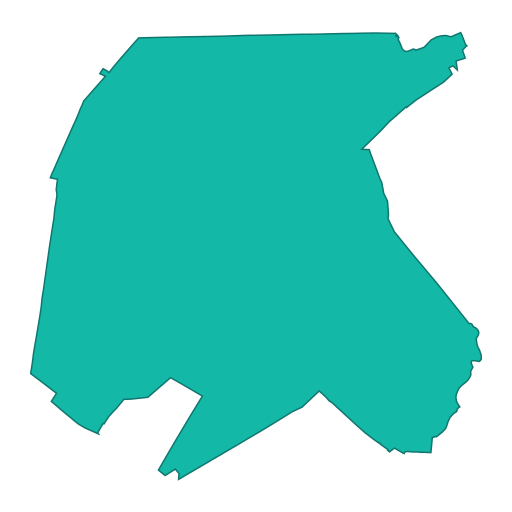 the district of Madona, Madona, Latvia
{"feature_id": "27541924B48569978533002", "entity_name": "Madona", "entity_type": "district", "adm_level": 2, "iso_a3": "LVA", "parent_name": "Latvia", "parent_adm1": "Madona", "projection": "albers", "projection_center": [26.232, 56.853], "detail": "fine", "context": "isolated", "style": "filled", "palette": "teal", "viewbox_px": 512, "rotation_deg": 0, "n_neighbors": 0, "source": "geoboundaries", "source_scale": "gbopen_adm2", "svg_char_len": 4333}
<svg xmlns="http://www.w3.org/2000/svg" viewBox="0 0 512 512"><path d="M122.1,56.7L114.7,65.4L109.0,72.5L106.8,70.7L103.1,68.7L102.5,69.5L99.8,73.6L105.4,76.3L101.3,81.0L90.5,93.2L87.4,96.8L84.2,100.4L84.0,100.6L83.8,100.9L83.0,102.7L82.3,104.7L80.1,109.4L78.2,114.4L75.6,120.4L73.1,125.8L58.0,160.0L54.9,167.1L51.5,174.7L50.3,177.8L53.8,178.5L57.5,179.3L56.8,184.3L56.8,184.8L56.4,187.9L56.2,189.9L56.3,190.4L56.6,192.2L56.8,192.9L56.9,195.4L56.9,195.9L56.8,196.4L55.7,203.5L54.6,210.6L53.9,218.4L53.8,219.0L52.1,229.6L50.5,240.1L50.4,240.4L50.4,240.6L50.3,241.0L50.3,241.3L50.2,241.9L50.1,242.5L48.6,252.9L48.1,256.5L44.5,282.3L43.5,289.4L42.1,298.0L41.2,307.0L39.7,317.0L37.1,332.3L36.6,335.4L34.5,347.5L33.5,353.5L32.5,361.8L30.7,373.6L38.5,379.5L43.0,382.9L56.5,393.3L51.3,401.4L64.8,412.9L78.2,423.9L84.6,427.7L94.8,432.3L98.5,433.9L97.8,432.7L99.6,429.4L102.2,425.0L102.7,424.2L103.1,423.5L103.6,423.7L104.0,423.9L106.4,420.2L108.8,416.5L113.6,411.2L116.4,408.4L123.8,399.4L125.3,399.3L131.0,399.1L147.9,397.3L155.0,391.1L155.7,390.5L157.0,389.4L160.4,386.4L163.9,383.5L164.5,382.9L165.2,382.3L170.6,377.7L172.7,378.9L174.9,380.1L183.4,385.0L191.9,389.9L194.4,391.4L198.0,393.5L199.9,394.6L202.4,396.1L200.5,399.2L197.5,404.1L190.1,416.2L174.2,442.9L158.4,470.1L165.1,475.5L175.3,469.1L179.0,473.6L178.7,478.0L178.6,479.4L180.3,478.4L188.2,473.7L203.6,464.7L211.7,459.9L221.7,454.1L224.7,452.3L237.0,445.1L245.9,439.8L258.7,432.3L272.8,423.8L292.5,411.6L295.5,410.2L302.0,407.2L313.0,396.8L319.2,391.0L326.0,397.1L329.2,400.9L332.2,402.8L347.5,416.9L355.6,424.3L361.6,429.7L365.0,432.7L373.7,439.4L378.7,442.9L379.0,442.5L380.3,443.5L380.1,444.0L385.1,447.6L388.1,449.7L387.6,450.2L389.5,451.9L394.4,448.1L402.8,452.9L404.1,453.6L404.4,452.9L404.9,452.3L405.5,451.7L406.3,451.5L407.7,451.5L411.1,451.8L413.7,452.0L417.8,452.0L420.7,452.3L424.0,452.3L430.9,452.6L431.0,451.6L431.2,449.5L431.4,447.4L431.8,443.1L432.2,438.8L432.2,437.5L432.7,437.5L434.5,436.9L434.5,436.5L434.9,436.3L435.4,436.5L436.5,436.8L440.6,433.4L442.2,432.2L442.8,431.5L445.5,428.7L446.6,426.2L447.3,424.0L448.0,421.8L450.1,417.3L453.6,413.6L456.7,411.5L457.0,409.5L458.8,407.4L459.8,406.9L458.7,405.3L457.8,403.9L456.5,401.3L455.9,397.8L456.2,394.8L457.4,391.7L458.8,388.6L460.4,386.7L462.1,385.1L465.2,382.7L467.5,380.6L468.8,378.8L470.3,376.4L470.9,374.3L470.6,372.1L471.1,370.4L472.3,368.3L472.9,367.2L472.3,366.0L471.2,362.9L471.6,360.9L473.1,360.6L475.6,360.8L479.1,361.5L480.4,360.5L481.3,359.1L481.1,354.8L480.1,351.9L479.4,349.8L478.3,348.0L477.2,345.3L476.6,342.0L476.6,341.5L476.2,339.1L476.7,337.7L477.8,336.0L478.5,334.4L478.8,332.3L477.8,330.0L476.4,328.4L474.2,327.1L473.7,327.1L473.1,326.4L472.6,325.3L472.3,324.8L471.7,324.0L470.4,323.4L469.1,323.6L437.2,283.6L420.0,263.1L415.7,258.0L415.6,257.9L408.2,248.9L401.0,240.0L394.3,231.7L388.0,218.7L388.1,218.2L388.1,217.6L388.3,216.0L388.5,214.4L387.5,201.0L383.7,193.3L383.4,191.4L382.9,188.5L382.7,187.7L382.0,183.7L381.7,182.3L380.3,179.5L379.7,178.1L379.2,176.7L375.0,165.4L370.8,154.2L370.0,151.9L369.2,149.6L365.4,149.5L361.7,149.3L381.2,130.3L388.9,122.0L406.2,106.8L406.6,107.5L416.4,99.8L429.1,91.5L441.9,83.2L442.4,82.9L442.9,82.7L447.5,78.5L452.1,74.2L450.5,71.0L448.8,67.9L450.9,66.9L453.0,65.9L457.3,69.9L456.1,61.0L465.2,58.1L462.5,50.2L466.0,46.4L466.9,45.9L465.3,44.0L462.1,35.5L460.7,32.6L458.5,33.6L456.2,34.5L454.8,35.1L453.4,35.8L450.9,36.8L445.9,35.5L441.4,35.8L436.6,37.0L431.2,39.9L424.2,47.2L421.9,48.1L416.3,50.0L416.0,50.2L415.9,50.0L415.5,49.8L414.9,49.5L414.1,49.2L413.5,49.1L412.5,49.3L409.5,50.7L407.7,51.3L406.4,51.4L405.0,51.2L404.1,50.7L403.0,49.7L402.4,49.0L402.0,48.3L401.7,47.4L401.4,46.5L400.8,45.4L400.5,44.9L400.7,44.6L400.3,43.7L399.7,43.0L399.6,42.0L399.1,41.2L398.3,40.2L398.5,38.9L398.2,38.3L398.9,37.6L397.9,35.7L396.8,35.6L396.7,36.4L396.3,36.6L396.1,36.4L396.1,35.2L396.9,34.7L396.1,34.0L395.4,33.2L395.0,33.4L375.7,33.0L372.8,33.0L369.9,33.1L362.1,33.2L354.3,33.4L346.6,33.5L338.8,33.6L335.9,33.7L315.2,34.2L301.0,34.3L294.8,34.4L274.7,34.9L259.2,35.2L254.5,35.3L250.1,35.3L245.4,35.4L224.9,36.1L206.3,36.5L203.9,36.5L200.3,36.6L193.6,36.7L181.9,36.9L179.2,37.0L175.2,37.1L171.1,37.2L170.8,37.2L170.7,37.2L169.8,37.2L169.0,37.2L168.6,37.2L154.3,37.5L138.7,37.9L130.7,46.9L122.1,56.7Z" fill="#14b8a6" stroke="#0f766e" stroke-width="1.5"/></svg>